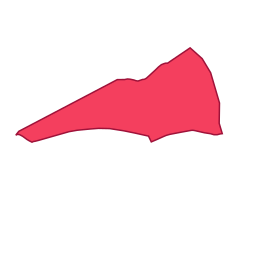 outline of Dennery By Pass/Green Mountain, Dennery, Saint Lucia, rotated 329°
{"feature_id": "8701671B40736207737623", "entity_name": "Dennery By Pass/Green Mountain", "entity_type": "district", "adm_level": 2, "iso_a3": "LCA", "parent_name": "Saint Lucia", "parent_adm1": "Dennery", "projection": "robinson", "projection_center": [-60.898, 13.911], "detail": "fine", "context": "isolated", "style": "filled", "palette": "rose", "viewbox_px": 256, "rotation_deg": 329, "n_neighbors": 0, "source": "geoboundaries", "source_scale": "gbopen_adm2", "svg_char_len": 868}
<svg xmlns="http://www.w3.org/2000/svg" viewBox="0 0 256 256"><g transform="rotate(329 128 128)"><path d="M222.5,91.3L195.2,92.8L193.9,91.9L192.2,91.4L189.2,90.9L185.5,91.4L180.9,92.5L169.4,94.8L167.1,94.7L165.5,93.9L160.8,92.9L159.2,91.6L157.8,89.9L155.0,87.3L152.8,85.7L150.0,84.7L143.7,81.0L32.7,74.6L28.7,76.1L28.7,76.4L30.2,76.6L31.8,78.1L33.5,81.0L35.5,85.8L36.8,88.2L38.4,90.7L40.1,90.9L41.5,91.5L44.8,92.5L60.4,96.7L75.6,100.8L83.4,103.8L94.3,109.0L102.7,113.2L111.9,119.0L122.8,128.1L131.3,135.9L141.4,145.5L140.8,151.9L146.6,152.7L154.1,153.6L156.9,154.0L160.6,155.0L171.5,159.0L181.0,162.6L182.5,163.4L183.9,164.6L191.0,171.4L195.8,175.4L198.2,178.0L201.0,179.7L203.8,180.5L205.9,181.4L206.0,181.0L206.1,180.6L207.6,174.7L208.6,170.9L219.3,153.7L227.3,123.2L227.3,106.8L225.3,100.3L222.5,91.3Z" fill="#f43f5e" stroke="#9f1239" stroke-width="1.5"/></g></svg>